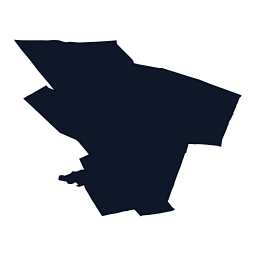 Carcea, Dolj, Romania
{"feature_id": "2599482B95578562182994", "entity_name": "Carcea", "entity_type": "district", "adm_level": 2, "iso_a3": "ROU", "parent_name": "Romania", "parent_adm1": "Dolj", "projection": "equal_earth", "projection_center": [23.897, 44.282], "detail": "fine", "context": "isolated", "style": "filled", "palette": "ink", "viewbox_px": 256, "rotation_deg": 0, "n_neighbors": 0, "source": "geoboundaries", "source_scale": "gbopen_adm2", "svg_char_len": 4282}
<svg xmlns="http://www.w3.org/2000/svg" viewBox="0 0 256 256"><path d="M240.6,95.8L240.4,95.7L239.3,95.3L239.2,95.2L237.3,94.5L232.8,92.9L232.3,92.7L231.7,92.5L231.1,92.3L230.1,91.9L229.7,91.8L229.2,91.6L228.9,91.5L226.1,90.5L225.5,90.3L225.0,90.1L224.5,89.9L224.1,89.8L223.5,89.5L216.1,86.9L210.4,84.8L209.5,84.5L198.5,80.1L189.9,77.6L178.5,74.0L176.9,73.5L170.4,71.4L169.2,71.1L164.3,69.5L163.1,69.1L161.8,68.7L159.6,68.9L152.5,67.6L151.2,67.4L145.6,66.3L139.1,65.2L133.6,63.9L133.4,63.9L133.1,63.1L132.8,62.0L132.5,61.1L132.3,60.7L130.9,59.2L129.5,57.7L127.3,55.5L126.0,54.2L123.9,52.0L122.5,50.7L121.9,50.1L119.9,48.1L119.2,47.4L117.8,45.9L117.0,45.1L116.5,44.6L116.3,44.1L116.1,43.8L116.1,43.3L116.0,42.9L115.9,41.1L110.5,41.6L98.2,42.4L81.1,43.2L79.1,43.3L76.5,43.1L74.3,42.9L73.0,42.8L71.4,42.6L70.7,42.6L70.2,42.6L69.2,42.6L68.3,42.8L67.4,42.9L66.4,43.0L65.2,42.9L64.3,42.7L62.4,42.2L60.6,41.6L59.7,41.3L58.4,41.0L57.3,40.9L54.3,40.8L51.2,40.9L47.7,41.2L42.0,41.1L40.5,41.0L36.8,41.1L30.4,41.1L21.1,41.0L15.4,40.6L17.4,43.3L20.5,47.4L23.4,51.1L27.6,56.0L30.9,60.1L38.1,69.5L40.2,72.1L40.6,71.9L41.7,73.3L41.3,73.6L43.7,76.1L46.8,80.0L48.5,81.8L49.7,83.3L55.2,90.2L54.0,90.8L52.5,90.2L51.3,89.6L50.0,89.2L48.6,88.6L47.3,87.7L46.1,86.3L40.8,89.4L37.6,91.2L30.7,95.2L28.0,96.5L25.1,98.3L24.5,98.7L25.2,99.3L28.3,102.2L33.1,106.6L41.5,114.5L49.8,122.4L57.9,129.9L59.2,131.2L60.1,132.0L61.1,132.5L65.0,134.2L70.2,136.5L75.0,138.5L76.2,139.1L76.7,139.4L78.2,140.7L79.0,141.4L81.4,144.3L83.2,146.4L87.0,150.8L88.0,152.1L89.1,153.5L90.0,154.4L90.3,154.6L88.4,155.4L82.3,158.2L80.1,159.1L85.4,170.4L84.9,170.4L82.3,170.4L81.7,170.4L81.3,170.5L78.0,171.8L76.9,172.2L76.5,172.2L75.0,172.3L74.6,172.3L74.2,172.2L73.9,172.1L73.6,172.0L73.1,172.0L72.7,172.2L72.3,172.5L71.9,173.3L71.1,173.9L70.2,174.5L69.5,174.7L66.5,175.9L65.1,176.4L64.6,176.4L64.1,176.3L63.1,176.0L62.2,175.9L61.4,175.9L60.7,176.0L59.8,176.2L59.2,178.8L59.5,178.8L59.4,179.5L59.9,179.6L60.6,179.7L61.4,179.9L62.2,180.0L62.7,180.1L63.5,180.2L65.4,180.6L67.0,180.9L67.3,181.1L67.6,181.4L67.8,182.0L67.9,182.4L68.0,182.7L68.2,182.9L68.4,183.0L68.7,183.1L69.4,183.2L70.3,183.3L70.8,183.3L71.7,183.2L72.5,183.0L74.3,182.0L75.6,181.5L76.0,181.4L78.0,183.3L79.4,184.6L77.6,185.7L77.9,185.8L78.3,185.9L78.6,186.0L78.9,186.0L79.0,186.0L79.8,185.9L80.5,185.7L81.7,185.3L83.0,184.7L83.9,184.4L84.5,184.3L85.4,186.9L85.8,188.1L86.6,189.5L87.8,191.5L89.0,193.5L90.8,196.6L92.0,198.8L93.0,200.4L94.1,202.1L95.7,204.6L96.7,206.3L97.3,207.3L98.3,208.8L101.3,213.5L102.1,214.8L102.6,215.3L103.2,215.1L106.5,214.4L108.9,213.8L113.1,213.0L115.2,212.7L117.6,212.2L118.9,211.9L121.5,211.2L123.7,210.7L125.3,210.3L127.4,210.3L128.4,209.8L131.7,209.2L134.5,208.5L135.1,209.3L136.5,210.6L137.3,211.6L138.6,213.0L139.7,214.1L140.4,214.9L140.8,215.4L142.1,214.8L144.7,214.5L148.4,214.2L154.6,213.4L161.2,212.3L165.8,211.4L170.9,210.4L172.3,210.1L173.2,209.7L173.7,209.4L173.2,208.9L172.1,208.0L171.0,206.9L170.3,205.9L169.2,204.5L168.1,203.0L167.1,201.9L166.5,201.3L166.8,200.9L167.0,200.5L167.2,200.3L167.5,199.9L167.6,199.7L167.8,199.4L168.2,198.4L169.1,195.7L170.5,191.5L171.4,189.1L173.2,185.0L173.9,182.3L174.9,179.4L175.3,178.4L175.9,176.6L176.4,175.2L177.0,173.6L178.3,170.1L179.3,167.9L179.7,166.8L179.8,166.5L180.1,165.7L181.0,163.1L181.1,162.8L181.6,161.0L182.1,159.6L182.4,158.8L182.6,158.3L183.0,157.3L183.7,155.1L184.5,152.7L184.8,152.3L185.0,152.3L185.6,152.3L186.1,150.1L186.7,148.0L187.2,145.8L187.6,144.4L187.7,144.1L187.7,143.8L187.7,143.6L187.6,143.4L187.7,143.2L191.7,143.3L192.7,143.3L194.8,143.5L197.0,143.4L198.2,143.4L201.8,143.5L207.2,144.0L212.6,144.5L215.7,144.9L217.4,145.1L218.8,145.4L219.8,145.7L220.5,145.9L220.6,145.5L221.0,142.3L221.2,141.1L221.4,139.7L221.8,138.7L222.1,137.8L222.9,136.0L223.5,134.6L224.2,133.0L225.3,130.3L226.3,127.9L226.5,127.1L226.9,126.2L227.3,125.1L227.9,123.9L228.0,123.3L228.0,122.6L228.3,121.7L228.7,121.0L230.6,117.7L232.1,114.6L232.5,114.3L232.6,113.9L232.5,113.4L232.8,112.3L233.8,110.0L234.6,108.1L234.9,107.5L235.3,107.0L235.4,106.7L235.3,106.2L235.4,105.8L235.5,105.5L235.7,105.0L236.0,104.4L236.6,103.4L236.8,102.9L237.0,102.5L237.1,102.2L237.6,101.0L238.0,99.8L238.6,98.3L238.8,97.7L239.3,97.1L240.3,96.2L240.6,95.8Z" fill="#0f172a" stroke="#020617" stroke-width="1.5"/></svg>